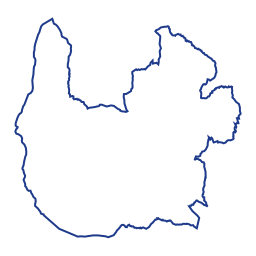 Dr. Manuel Belgrano, Jujuy, Argentina (Equal Earth projection)
{"feature_id": "61730980B9597683153912", "entity_name": "Dr. Manuel Belgrano", "entity_type": "district", "adm_level": 2, "iso_a3": "ARG", "parent_name": "Argentina", "parent_adm1": "Jujuy", "projection": "equal_earth", "projection_center": [-65.306, -24.063], "detail": "fine", "context": "isolated", "style": "outline", "palette": "blue", "viewbox_px": 256, "rotation_deg": 0, "n_neighbors": 0, "source": "geoboundaries", "source_scale": "gbopen_adm2", "svg_char_len": 5754}
<svg xmlns="http://www.w3.org/2000/svg" viewBox="0 0 256 256"><path d="M15.6,125.5L16.5,126.6L17.6,127.0L17.6,127.4L17.2,128.3L16.2,129.2L15.8,130.0L15.4,131.6L15.6,132.3L16.4,133.7L18.5,134.3L21.2,136.2L22.2,138.4L21.8,140.4L22.1,142.3L24.4,144.6L25.8,147.7L26.3,151.4L26.2,154.7L25.3,156.6L24.1,161.7L23.6,165.2L22.5,167.9L22.4,168.9L23.4,170.2L23.9,172.9L25.1,175.7L24.9,177.1L23.6,179.7L25.2,184.1L25.2,186.2L26.2,187.2L27.3,189.7L28.0,190.3L28.7,190.8L30.5,190.7L31.3,193.1L32.1,194.1L33.5,197.0L35.2,198.5L35.5,199.0L35.7,201.9L35.1,203.9L35.1,205.9L37.8,208.4L40.3,211.7L41.0,213.6L43.6,214.4L43.8,215.3L59.2,228.8L77.7,236.6L80.8,236.3L84.9,236.6L93.0,235.4L98.0,235.4L105.5,236.3L108.3,237.2L113.7,235.2L116.4,231.6L116.8,230.6L118.5,229.0L121.6,225.1L123.0,224.8L124.5,225.5L125.6,227.1L126.9,227.2L127.6,225.6L129.2,224.7L130.2,226.1L131.1,226.0L131.9,226.6L133.0,226.3L133.9,227.0L134.4,227.8L135.9,227.7L136.7,228.2L139.1,227.8L140.0,228.3L140.7,227.7L141.4,228.3L143.0,227.4L146.2,228.8L149.1,227.0L151.3,223.7L152.5,222.9L155.4,219.5L156.3,219.6L157.3,219.1L157.2,218.4L157.9,218.6L157.8,218.2L158.1,218.1L158.4,218.6L161.4,220.0L162.5,219.8L162.5,220.4L165.6,220.7L166.9,221.5L168.2,220.7L168.9,221.0L169.8,220.4L170.5,220.5L173.2,223.8L176.0,224.8L177.0,224.4L178.8,224.7L180.7,224.4L181.5,224.6L183.3,223.8L186.5,224.0L186.9,223.7L189.0,224.2L190.9,225.4L193.2,225.2L194.0,226.5L196.8,228.3L199.2,217.9L197.3,215.5L192.5,211.1L189.1,206.3L189.6,206.3L190.3,205.5L191.2,205.7L192.2,204.5L193.3,204.8L194.2,202.8L194.5,202.9L196.4,200.5L196.9,200.4L198.8,201.8L201.6,202.8L202.1,203.5L203.2,204.0L203.9,204.9L205.0,205.1L207.6,206.5L206.4,204.7L206.3,203.4L205.6,201.9L204.1,200.5L204.1,199.9L204.3,199.6L204.2,197.3L203.2,197.3L202.6,196.2L202.6,194.8L203.1,194.3L203.0,193.9L203.7,192.0L203.2,190.2L203.2,188.5L204.5,185.6L204.4,182.2L205.0,179.9L205.3,177.5L205.7,177.5L205.5,171.5L204.2,166.6L204.4,163.7L203.7,162.3L202.0,162.1L200.4,160.1L199.3,159.9L198.6,159.2L196.5,158.8L195.1,159.6L194.8,159.3L196.0,156.4L198.3,156.7L200.2,155.8L200.4,155.5L200.5,153.8L201.5,153.0L202.2,151.6L204.3,151.1L205.9,149.3L207.6,145.8L207.8,142.6L208.3,140.7L208.3,139.7L209.1,138.5L208.8,137.2L209.6,137.9L209.7,139.4L210.1,139.7L210.9,139.0L210.7,138.0L211.5,137.6L212.3,138.7L213.4,142.0L213.8,142.5L217.5,141.1L217.9,142.5L219.7,142.2L222.1,142.6L223.7,143.3L225.8,142.4L226.5,141.3L228.1,140.2L230.7,140.3L233.2,139.2L233.6,138.4L233.3,137.3L233.2,136.3L233.6,135.9L233.3,134.9L233.4,132.5L233.9,132.0L235.2,132.4L235.8,131.5L235.7,130.4L235.1,130.3L234.8,129.9L234.6,127.9L235.2,126.7L235.5,126.6L236.2,127.2L236.3,126.7L235.1,124.0L235.8,124.5L236.8,123.1L238.4,123.2L238.3,122.3L237.6,121.2L237.6,119.9L236.9,118.2L237.4,118.0L239.0,118.5L238.6,116.6L238.8,115.8L240.6,113.8L240.6,113.4L239.9,111.1L239.9,107.6L239.0,104.1L236.0,101.8L234.2,99.2L232.4,97.5L232.8,95.3L231.9,92.5L232.3,91.1L231.9,88.0L232.1,86.9L231.3,86.5L229.6,87.1L228.8,86.4L228.0,87.4L226.9,87.4L225.2,86.5L224.5,87.3L223.5,86.8L223.3,87.3L221.6,86.1L220.4,86.8L219.5,86.8L219.1,87.8L218.1,87.4L216.2,88.0L215.9,88.7L215.5,88.5L214.9,89.0L214.7,89.9L212.0,91.4L212.3,92.8L210.5,93.3L210.2,93.7L210.0,95.0L209.1,96.4L208.1,96.5L206.6,98.1L205.3,98.4L204.1,98.1L201.9,98.2L201.0,97.8L201.3,93.3L201.1,92.1L200.2,91.0L200.3,89.8L201.0,89.2L201.2,88.0L202.4,85.7L203.2,84.5L204.1,84.1L205.1,84.6L206.0,84.1L206.9,82.6L207.6,79.3L208.8,79.5L210.1,80.6L214.2,77.9L215.4,75.6L215.8,73.4L216.5,72.3L215.8,67.2L215.2,66.4L215.1,65.0L215.5,63.4L214.4,61.2L212.7,60.5L211.8,59.0L207.7,56.4L206.9,55.3L204.9,54.6L204.3,54.0L204.0,53.1L203.2,53.1L201.6,51.5L201.5,50.7L200.6,50.6L200.2,49.8L199.0,49.5L198.6,48.8L197.7,49.2L196.4,48.3L195.0,48.1L194.6,46.9L193.2,45.4L192.4,45.5L191.9,45.0L191.9,44.0L191.0,42.0L189.3,41.8L188.9,41.3L188.5,41.5L187.7,40.8L186.9,41.2L186.6,40.4L185.7,40.7L185.3,38.2L184.1,37.8L183.6,36.7L182.9,36.5L182.7,35.9L181.8,36.2L181.0,35.6L180.6,34.6L179.9,34.9L178.1,33.9L175.5,35.1L175.2,35.7L174.6,35.4L172.9,35.4L172.1,34.9L171.6,33.9L170.9,33.6L170.6,32.6L170.2,32.3L169.7,30.5L169.9,29.9L169.6,28.8L169.1,28.6L168.7,26.7L167.8,26.2L166.2,26.8L164.6,26.7L160.7,27.5L158.8,29.2L156.2,30.2L155.4,31.3L157.0,33.1L158.1,33.6L158.5,34.4L160.0,35.7L160.3,36.9L159.6,44.2L160.9,48.2L159.7,51.2L160.2,56.5L158.7,59.5L158.7,62.5L158.3,64.4L156.6,62.8L152.8,63.6L152.6,60.6L150.6,62.7L150.1,65.0L148.2,66.1L145.2,69.5L144.3,69.0L142.9,69.4L141.6,69.1L139.7,70.0L138.6,69.4L137.1,70.1L136.1,69.3L132.3,71.9L132.2,73.1L132.9,76.2L132.6,78.0L132.8,79.8L132.3,82.9L132.6,87.1L132.2,88.4L131.5,88.7L130.9,91.2L126.4,93.9L123.9,94.1L123.7,97.5L124.3,99.5L124.5,103.4L126.4,109.7L127.5,111.2L126.2,111.9L121.3,111.2L120.2,110.6L120.1,109.9L117.6,108.7L113.9,105.9L111.1,105.4L106.7,106.5L101.4,104.6L99.7,104.8L99.5,105.6L98.8,106.1L93.9,107.2L89.1,107.8L87.6,108.6L86.9,106.5L84.2,104.1L83.8,102.3L83.3,101.9L81.6,102.0L80.4,100.3L79.4,100.2L78.7,99.3L77.4,99.7L76.9,98.8L74.0,99.3L73.3,98.4L73.5,97.0L73.3,96.3L72.3,96.0L70.2,96.7L69.9,94.3L68.9,93.5L69.2,90.3L68.9,88.1L68.4,86.8L68.7,85.1L68.0,83.2L68.4,82.7L68.2,81.5L69.2,79.9L68.9,78.5L69.6,76.4L69.0,74.3L69.7,73.8L69.1,72.3L69.6,70.9L69.2,68.6L67.8,67.3L67.8,64.0L68.5,60.8L68.7,56.5L70.1,54.8L71.1,51.0L70.8,48.5L71.1,46.8L70.9,45.3L68.1,43.0L67.2,39.9L66.6,38.9L62.1,36.6L61.6,35.3L61.4,33.2L60.0,30.1L57.5,26.3L55.8,24.6L53.9,23.7L52.3,18.8L42.7,24.5L41.1,26.5L39.3,32.4L38.1,34.7L35.3,43.6L34.6,47.1L34.5,50.3L33.9,52.1L33.9,56.9L35.1,58.8L35.5,60.2L35.0,64.9L34.2,66.2L33.8,68.2L33.4,74.5L32.3,80.3L32.9,87.9L32.3,91.0L30.6,93.1L28.3,94.4L24.3,104.8L23.2,106.2L22.0,110.0L21.8,111.8L20.7,113.3L19.9,113.6L18.7,115.1L17.5,117.7L15.7,123.1L15.6,125.5Z" fill="none" stroke="#1e3a8a" stroke-width="2"/></svg>